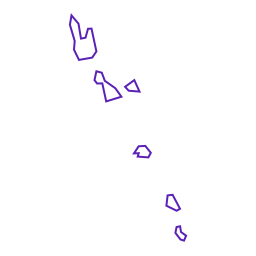 an SVG outline of Vanuatu
{"feature_id": "VUT", "entity_name": "Vanuatu", "entity_type": "country or territory", "adm_level": 0, "iso_a3": "VUT", "parent_name": "Oceania", "parent_adm1": "", "projection": "robinson", "projection_center": [167.975, -16.976], "detail": "coarse", "context": "isolated", "style": "outline", "palette": "violet", "viewbox_px": 256, "rotation_deg": 0, "n_neighbors": 0, "source": "natural_earth", "source_scale": "50m", "svg_char_len": 689}
<svg xmlns="http://www.w3.org/2000/svg" viewBox="0 0 256 256"><path d="M78.5,23.7L81.0,38.6L85.5,37.7L88.0,28.8L91.5,28.6L96.4,51.4L92.2,57.6L79.0,59.9L74.0,49.7L74.7,41.0L69.9,24.7L71.5,15.4L78.5,23.7ZM104.8,80.8L115.3,88.2L121.4,96.7L106.2,101.4L102.3,83.4L97.1,83.5L94.5,80.1L96.4,71.3L101.8,72.7L104.8,80.8ZM180.0,208.8L176.6,210.7L166.4,205.7L167.6,195.4L172.6,194.8L180.0,208.8ZM145.3,145.9L150.8,152.8L148.4,157.4L137.7,156.6L138.7,153.2L134.0,153.4L138.6,146.3L145.3,145.9ZM139.5,91.6L128.7,90.7L125.1,86.8L134.3,80.1L139.5,91.6ZM186.1,235.7L184.0,240.6L180.5,239.5L175.4,232.9L176.6,227.0L180.1,226.3L181.0,232.0L186.1,235.7Z" fill="none" stroke="#5b21b6" stroke-width="2"/></svg>